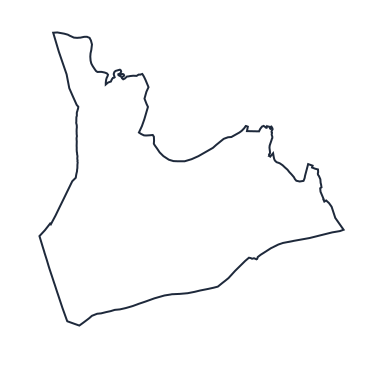 the district of Nanchital de Lázaro Cárdenas del Río, Veracruz, Mexico, rotated 6°
{"feature_id": "50627088B93605390589643", "entity_name": "Nanchital de Lázaro Cárdenas del Río", "entity_type": "district", "adm_level": 2, "iso_a3": "MEX", "parent_name": "Mexico", "parent_adm1": "Veracruz", "projection": "robinson", "projection_center": [-94.39, 18.066], "detail": "fine", "context": "isolated", "style": "outline", "palette": "slate", "viewbox_px": 384, "rotation_deg": 6, "n_neighbors": 0, "source": "geoboundaries", "source_scale": "gbopen_adm2", "svg_char_len": 4676}
<svg xmlns="http://www.w3.org/2000/svg" viewBox="0 0 384 384"><g transform="rotate(6 192 192)"><path d="M37.3,48.1L44.9,66.4L55.0,88.1L59.1,101.6L63.2,108.8L68.2,117.4L70.0,119.1L70.0,119.7L70.0,120.4L69.9,121.3L69.7,122.1L69.5,123.5L69.2,124.6L69.2,125.2L69.2,125.9L69.4,127.2L69.5,128.3L69.2,129.6L69.3,130.9L69.4,132.2L69.6,134.1L69.6,135.4L70.4,137.6L70.7,139.7L70.7,141.5L70.9,143.9L71.1,145.1L71.2,146.3L71.7,148.5L71.6,149.7L71.6,150.8L71.8,152.2L72.1,153.7L72.4,157.7L72.6,159.3L72.7,159.8L72.8,161.0L72.9,162.1L73.1,163.2L73.2,163.9L73.3,164.1L73.3,164.4L73.4,164.6L73.5,164.8L73.6,165.2L73.7,165.9L73.8,166.6L74.1,167.4L74.3,168.2L74.4,168.8L74.4,169.5L74.4,170.5L74.6,171.6L74.9,172.4L74.8,173.4L75.2,174.4L75.2,175.4L75.2,177.0L75.4,179.1L75.5,180.3L75.4,181.5L75.4,182.4L75.5,183.0L75.4,184.1L75.2,185.4L75.1,186.4L75.0,187.7L74.9,190.0L71.8,193.8L67.5,205.6L65.3,211.7L61.7,221.5L58.7,229.8L55.0,238.9L54.2,238.2L49.7,245.4L44.9,251.8L49.5,262.7L51.4,267.1L51.5,267.5L52.0,268.6L54.8,275.0L57.2,280.8L58.2,283.1L60.5,288.2L61.6,290.6L64.6,297.3L65.0,298.1L68.7,306.4L69.0,307.0L75.3,320.9L80.8,332.3L81.5,333.6L87.6,335.1L93.9,336.6L97.8,333.1L102.4,328.8L103.0,328.2L105.4,325.6L110.4,323.0L114.3,322.2L119.2,320.4L123.5,319.0L127.5,317.3L132.5,316.3L138.1,314.4L141.6,313.0L145.0,311.6L149.5,309.4L149.8,309.3L150.0,309.1L151.1,308.6L156.8,306.0L165.7,301.7L175.4,297.8L181.4,296.2L182.6,295.8L190.6,294.6L191.1,294.5L198.3,293.1L205.1,291.0L210.4,289.1L211.4,288.8L218.2,286.7L223.6,284.9L227.6,283.4L231.7,279.3L234.0,277.1L237.3,273.8L243.2,265.8L243.7,265.2L252.0,255.1L255.5,251.4L257.4,251.6L258.7,252.1L260.6,251.4L262.9,252.1L263.1,252.2L263.8,251.7L264.2,249.8L266.9,247.2L269.7,245.0L276.3,239.7L283.4,235.2L287.7,233.2L297.6,230.2L297.8,230.1L305.4,227.9L313.7,225.5L320.6,223.0L323.3,222.0L335.7,217.5L343.2,215.4L346.7,213.7L337.2,202.8L332.4,192.1L329.4,188.7L326.3,186.4L324.6,187.7L323.4,185.6L323.7,185.4L319.8,178.3L319.1,174.9L320.3,173.8L319.5,170.8L319.0,169.6L318.3,165.9L317.1,163.8L316.6,162.9L315.7,161.9L315.4,161.3L315.2,160.2L315.4,159.2L315.1,157.4L314.9,156.4L312.1,156.0L308.8,155.1L309.2,153.2L304.6,152.1L302.7,164.3L302.6,166.1L302.2,167.8L301.7,169.3L298.0,170.3L294.6,169.9L293.0,168.4L291.8,166.6L289.6,164.5L288.6,163.6L286.8,162.1L284.6,159.8L281.9,157.9L279.3,155.9L276.3,154.3L275.3,154.0L273.0,153.5L271.1,152.0L270.2,150.4L269.4,147.9L268.6,145.0L266.1,148.6L265.8,148.3L265.0,148.1L265.2,147.8L265.0,147.4L264.8,147.2L264.7,146.9L264.8,146.7L264.9,146.3L265.4,145.4L265.5,145.2L265.4,144.3L265.2,143.2L265.0,142.4L264.7,141.1L264.5,140.2L264.4,139.7L264.4,139.4L264.4,137.7L264.8,135.9L265.4,133.3L265.7,131.9L265.9,130.8L266.2,130.1L266.2,129.5L266.1,128.9L266.0,128.3L265.5,127.3L265.3,126.7L265.2,126.2L265.3,125.6L265.3,125.3L265.4,125.0L265.3,124.5L265.0,124.3L264.8,123.9L264.9,123.4L265.0,122.6L265.4,121.7L265.6,121.1L265.3,120.2L264.1,118.6L263.7,118.8L263.6,119.7L263.5,120.2L263.5,120.9L263.4,121.0L263.0,120.7L262.8,120.3L262.6,119.8L262.2,119.2L261.6,118.9L260.2,119.0L259.7,118.7L259.5,119.1L259.5,119.8L259.5,120.3L259.2,120.4L258.9,120.3L258.6,120.2L258.3,119.9L257.6,119.4L256.8,119.0L256.3,118.8L256.2,118.9L254.8,119.6L253.3,122.0L252.3,124.7L240.3,125.7L240.7,121.2L238.8,120.7L238.6,120.7L237.2,123.2L235.0,126.0L232.9,127.9L227.8,131.5L225.4,133.2L222.1,133.8L218.6,135.5L217.9,135.9L211.2,142.6L208.2,145.9L194.6,155.7L193.9,156.1L188.2,159.4L181.5,162.2L175.1,162.9L170.3,163.2L165.6,162.3L159.8,159.3L155.7,156.0L152.6,152.3L150.1,149.5L149.0,148.0L148.9,144.9L148.3,141.0L147.0,139.4L144.1,140.0L140.5,140.6L138.3,140.7L135.3,139.6L133.0,138.4L135.3,131.7L137.0,124.6L138.6,115.8L139.3,112.0L137.5,109.0L135.0,104.1L136.2,97.0L137.8,92.3L134.1,85.5L132.4,82.7L131.2,81.0L131.1,80.9L130.2,79.8L128.2,80.7L126.7,80.8L125.4,81.8L124.8,82.3L121.4,82.5L118.2,83.2L117.0,83.6L115.2,84.0L113.3,86.2L111.8,87.1L111.0,86.5L110.5,86.2L109.9,85.2L111.9,84.0L112.3,83.0L111.6,82.1L110.3,81.9L109.4,82.3L108.8,83.3L108.3,84.2L107.3,83.8L106.6,83.4L106.4,82.6L108.3,81.4L109.0,79.7L108.5,78.5L108.2,78.3L107.5,77.9L105.7,78.6L103.5,79.5L103.3,79.6L102.2,80.9L101.8,82.9L102.3,84.2L103.1,86.0L102.5,86.5L101.4,86.8L100.5,88.4L99.8,90.6L97.1,91.9L95.0,94.1L94.8,92.0L94.9,89.3L95.2,87.5L95.9,85.7L96.2,84.1L94.9,82.9L92.6,82.3L90.6,82.1L89.4,82.0L87.4,82.2L85.4,82.5L83.9,81.7L82.4,80.0L81.0,78.3L80.1,77.2L78.6,75.0L78.4,74.7L77.4,71.9L76.7,68.0L76.6,64.7L77.0,61.2L77.1,55.7L75.6,51.8L75.5,51.7L74.0,49.4L72.2,48.9L71.3,48.6L69.5,48.8L68.4,49.0L64.7,50.2L63.7,50.3L61.7,50.7L58.4,50.8L54.9,49.6L54.7,49.6L52.0,48.5L48.3,47.9L41.4,47.4L37.3,48.1Z" fill="none" stroke="#1e293b" stroke-width="2"/></g></svg>